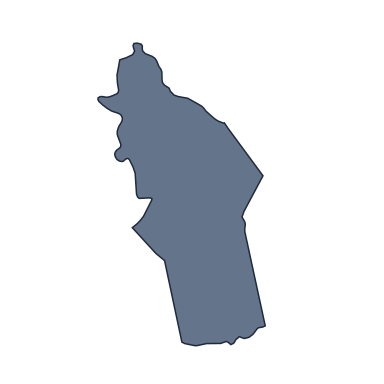 Rumphi, Mercator projection, rotated 78°
{"feature_id": "MWI-1903", "entity_name": "Rumphi", "entity_type": "District", "adm_level": 1, "iso_a3": "MWI", "parent_name": "Malawi", "parent_adm1": "", "projection": "mercator", "projection_center": [33.827, -10.78], "detail": "fine", "context": "isolated", "style": "filled", "palette": "slate", "viewbox_px": 384, "rotation_deg": 78, "n_neighbors": 0, "source": "natural_earth", "source_scale": "10m", "svg_char_len": 1754}
<svg xmlns="http://www.w3.org/2000/svg" viewBox="0 0 384 384"><g transform="rotate(78 192 192)"><path d="M337.5,148.1L338.2,148.3L338.8,150.9L338.6,155.1L339.2,156.5L343.9,162.0L346.0,166.5L346.2,171.3L343.3,176.0L344.7,178.0L345.0,179.0L346.0,180.3L347.4,181.3L348.7,182.9L349.3,185.8L346.6,187.8L345.3,189.6L346.1,195.4L343.3,209.3L343.3,219.1L342.8,221.4L338.8,230.5L336.8,233.1L336.7,233.1L335.7,233.1L253.4,233.1L244.6,240.1L214.5,257.8L211.5,252.0L208.8,248.1L205.6,244.4L191.7,233.2L190.1,232.6L189.3,233.8L188.8,235.3L187.3,245.0L185.5,246.3L182.4,246.7L161.9,243.7L155.2,244.5L147.2,246.6L146.1,247.4L145.7,248.7L146.1,250.1L146.8,251.4L147.4,252.3L147.7,253.4L147.5,254.6L146.8,256.3L145.5,257.8L144.0,258.9L142.2,259.5L140.5,259.8L138.5,259.6L136.5,258.3L135.3,256.7L133.6,253.1L132.3,252.1L130.4,251.7L122.1,253.0L119.7,253.1L117.1,252.5L114.1,250.9L111.8,249.2L109.6,247.0L107.4,245.4L105.2,244.7L102.3,245.3L100.7,246.5L99.5,248.0L96.8,252.7L95.6,254.4L92.3,257.8L88.5,261.1L84.1,264.2L82.1,264.8L80.4,264.3L79.6,262.1L79.9,260.3L80.5,258.4L81.3,256.8L81.7,254.6L81.7,252.5L81.1,248.6L80.2,244.7L79.0,243.4L77.2,242.6L69.9,242.3L61.9,241.0L51.8,236.8L47.7,235.2L47.0,228.5L45.3,221.5L42.2,218.8L39.2,219.2L36.5,219.2L34.7,218.0L34.9,214.8L36.9,210.9L38.9,210.2L41.2,210.8L43.8,210.9L47.0,208.9L51.1,202.7L53.8,200.3L56.7,199.3L62.2,198.3L65.3,197.0L68.3,196.5L75.5,197.9L78.8,198.1L81.7,196.8L85.7,192.8L89.0,192.2L93.4,189.5L95.8,185.6L99.4,176.7L110.0,164.7L112.9,162.8L115.7,161.6L124.2,155.4L127.6,152.3L131.2,146.9L131.1,146.0L137.3,143.5L190.9,119.2L221.8,145.2L226.5,148.1L227.9,148.0L230.6,147.0L232.7,146.5L234.7,146.6L239.5,148.2L242.3,148.6L336.5,148.2L337.5,148.1Z" fill="#64748b" stroke="#1e293b" stroke-width="1.5"/></g></svg>